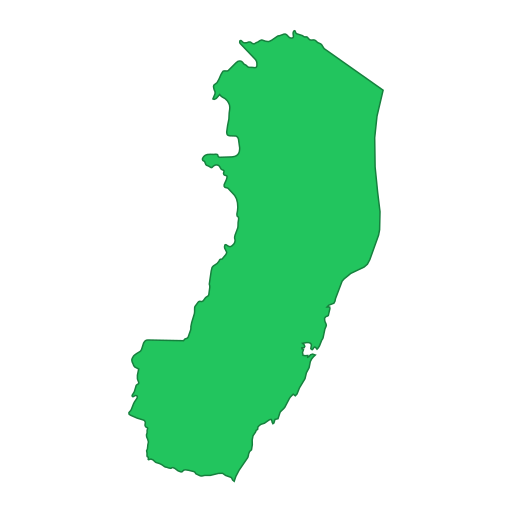 SVG path tracing the border of Espírito Santo
{"feature_id": "BRA-625", "entity_name": "Espírito Santo", "entity_type": "State", "adm_level": 1, "iso_a3": "BRA", "parent_name": "Brazil", "parent_adm1": "", "projection": "robinson", "projection_center": [-40.668, -19.574], "detail": "fine", "context": "isolated", "style": "filled", "palette": "green", "viewbox_px": 512, "rotation_deg": 0, "n_neighbors": 0, "source": "natural_earth", "source_scale": "10m", "svg_char_len": 6021}
<svg xmlns="http://www.w3.org/2000/svg" viewBox="0 0 512 512"><path d="M383.1,90.2L377.0,116.1L374.7,137.7L375.1,166.9L377.6,191.9L380.0,211.7L379.6,229.8L378.6,235.1L369.8,259.7L367.4,264.2L364.2,267.0L350.8,273.4L344.1,278.9L342.1,281.2L335.5,298.6L335.0,301.1L333.9,303.2L328.8,305.2L327.1,307.0L329.7,307.0L329.9,308.7L328.3,315.5L327.4,316.1L326.4,316.4L325.6,316.9L324.6,318.2L324.7,320.2L324.9,321.4L326.0,323.9L326.3,325.2L326.0,326.5L324.9,329.0L323.1,337.6L322.7,338.7L321.8,340.0L319.5,345.8L318.3,347.8L317.0,349.2L315.6,347.4L314.5,347.0L313.6,347.9L312.9,349.1L312.1,349.7L310.8,348.7L311.4,344.9L310.6,343.3L308.7,342.6L306.5,342.6L302.6,343.3L304.1,344.7L304.8,346.4L304.1,347.7L301.9,347.8L301.9,348.8L302.7,349.1L303.5,349.7L302.5,352.3L303.0,355.3L305.1,355.7L307.8,355.5L307.7,357.2L308.9,356.7L310.5,354.8L312.6,354.1L315.3,355.0L313.5,356.7L311.7,358.9L310.3,361.6L309.1,367.7L306.4,372.8L305.0,378.7L299.5,387.8L297.0,394.0L295.3,395.8L293.2,394.2L290.4,397.0L289.5,398.3L284.8,407.3L283.6,408.7L281.2,411.0L280.1,412.2L278.0,418.7L275.0,419.4L273.9,423.0L272.9,423.7L272.2,422.4L271.9,421.0L271.3,419.5L270.1,419.5L268.9,420.1L264.5,423.2L261.0,424.3L259.3,425.5L257.9,427.0L257.6,429.4L256.2,430.3L255.5,432.1L253.0,435.8L252.2,440.0L252.3,444.7L251.5,449.8L249.6,451.5L248.6,454.0L248.4,455.5L247.8,457.5L239.1,470.2L235.8,476.5L234.2,481.3L232.6,480.0L231.7,478.1L230.8,477.3L225.5,475.4L223.2,473.7L222.4,473.3L218.4,473.4L210.2,475.4L204.7,475.4L201.9,476.0L201.0,476.0L199.9,475.7L196.1,473.9L195.7,473.6L195.1,472.5L194.5,471.9L193.5,471.5L188.7,470.3L185.5,469.8L184.4,470.0L183.7,470.2L182.0,471.8L181.1,471.9L180.6,471.8L178.0,470.8L174.8,468.4L173.0,467.6L172.1,467.6L171.2,468.2L170.6,468.3L168.5,467.9L166.9,467.3L165.2,467.0L164.2,466.4L162.3,465.0L160.3,463.9L159.0,463.4L156.1,462.5L155.4,462.1L153.0,459.9L151.6,459.3L150.9,459.1L150.2,459.2L148.6,459.7L148.2,459.4L148.4,457.8L148.2,457.2L147.4,456.8L147.0,456.1L147.0,452.9L146.6,450.8L147.4,449.0L147.7,446.4L147.8,445.0L148.3,442.6L148.4,441.8L147.7,439.3L146.7,437.0L146.5,435.6L146.5,434.6L147.0,433.3L147.1,432.5L147.1,430.3L147.7,428.3L147.4,427.7L146.4,427.3L145.7,426.8L145.2,425.9L145.0,425.1L145.3,422.7L145.2,422.0L145.0,421.4L144.2,420.4L143.3,420.0L137.1,418.1L130.9,415.4L129.2,414.4L129.0,413.8L128.9,412.7L129.3,412.1L130.5,410.8L131.3,409.5L133.6,403.6L134.5,401.9L137.0,398.2L137.3,397.1L137.2,396.3L136.8,395.8L136.2,395.6L135.6,395.5L135.0,395.6L133.4,396.6L132.8,396.7L132.2,396.2L132.1,395.6L132.3,395.0L133.7,392.8L134.4,391.5L136.2,385.4L136.7,384.9L137.9,384.1L138.6,383.5L138.7,382.8L138.6,382.1L137.6,379.5L137.4,378.6L137.4,375.2L138.7,369.0L134.8,367.0L133.7,365.6L133.0,363.7L132.3,362.3L132.0,361.2L131.8,359.9L132.2,358.4L133.5,356.1L134.4,355.2L136.4,353.7L140.2,351.4L140.9,350.6L141.6,349.3L143.6,343.0L144.7,341.4L145.3,340.8L146.4,340.2L147.9,340.0L183.5,340.7L184.9,339.0L186.9,338.3L187.6,337.8L188.1,337.2L190.7,329.8L190.9,328.2L190.9,326.5L191.7,322.5L194.4,313.6L194.6,311.8L194.6,309.0L194.7,307.2L195.1,306.3L198.2,302.1L198.7,301.7L199.2,301.4L199.9,301.3L201.4,301.6L202.2,301.4L203.2,300.8L205.4,297.8L206.2,297.1L208.0,296.0L208.5,295.3L208.8,294.6L209.8,287.2L209.7,285.6L209.3,284.1L211.2,271.0L212.1,267.4L213.3,266.0L217.1,263.5L218.9,261.3L219.6,259.9L220.3,259.3L221.5,259.2L222.1,259.0L225.9,254.5L226.4,253.4L226.7,252.4L226.5,251.8L224.7,248.2L224.6,247.6L224.5,246.8L224.9,245.0L225.4,244.7L226.0,244.7L228.2,246.1L229.4,246.6L230.4,246.6L231.2,246.3L232.1,245.7L233.6,244.2L234.3,243.3L234.9,241.7L235.1,240.1L234.6,238.0L234.7,236.7L235.1,235.0L237.8,227.8L238.0,226.1L238.1,222.5L238.6,219.1L238.6,217.9L238.3,217.2L237.9,216.6L237.3,216.3L237.0,215.4L236.9,214.0L237.5,210.8L237.8,207.4L237.5,202.8L236.6,199.2L236.4,198.6L234.8,195.7L234.0,194.7L228.1,188.4L227.5,188.0L225.4,187.5L224.7,187.1L224.1,186.1L224.2,184.5L226.4,179.6L227.0,177.4L227.0,176.5L226.7,175.8L224.5,175.1L223.9,174.6L223.5,173.4L223.7,172.5L224.0,171.3L223.9,170.7L223.5,170.3L222.2,169.8L221.1,169.1L219.5,166.4L219.1,165.9L218.0,165.2L216.6,164.9L215.2,165.1L213.5,166.0L212.2,167.3L211.7,167.6L211.1,167.6L208.4,166.0L206.6,165.3L206.1,164.9L205.7,164.3L204.6,161.5L202.9,160.5L202.6,159.9L202.4,159.1L202.6,158.4L203.2,157.3L204.0,156.3L205.1,155.4L205.9,155.0L207.4,154.5L210.5,154.3L213.6,154.4L215.9,154.2L217.3,154.5L217.7,154.9L218.1,156.3L218.6,156.9L219.6,157.3L232.1,156.9L234.8,156.4L236.5,155.6L237.9,154.4L238.8,153.0L239.3,151.7L239.6,149.7L239.7,148.0L238.5,139.3L238.3,138.6L237.7,137.4L236.8,136.5L236.3,136.2L235.6,136.0L229.7,135.8L228.5,135.5L227.9,135.2L227.4,134.8L227.1,134.3L226.9,133.6L226.7,132.0L227.6,125.5L228.9,119.0L229.2,113.0L229.7,109.2L229.8,107.4L229.5,105.0L228.7,103.1L227.4,100.9L225.2,98.7L222.4,97.1L221.4,96.4L220.5,95.6L219.7,94.5L216.3,98.4L214.5,99.3L213.8,99.3L212.9,98.9L215.0,93.9L215.1,91.8L214.2,89.8L213.9,88.7L213.5,86.7L213.7,85.7L214.0,85.0L217.0,82.7L218.9,79.3L221.1,74.3L222.3,72.3L223.2,71.1L224.7,70.9L226.9,71.0L227.6,70.9L228.2,70.6L235.9,62.9L237.8,61.4L239.4,61.0L240.8,61.1L241.4,61.4L242.4,62.1L244.0,64.1L246.2,65.3L247.5,66.6L248.6,67.3L252.5,67.4L254.9,67.7L256.1,67.4L256.6,66.7L256.9,65.8L256.9,63.2L256.6,61.6L255.7,59.8L240.3,43.6L239.9,43.0L239.7,42.3L239.8,41.0L240.3,40.6L240.9,40.5L241.4,40.8L243.2,42.5L244.5,42.9L246.8,42.7L248.7,42.0L250.1,42.0L250.7,42.2L252.1,43.3L253.4,43.8L254.0,43.9L254.6,43.7L256.1,42.7L257.9,42.0L259.6,40.8L260.7,40.3L261.6,40.0L262.3,40.1L265.5,41.2L268.5,41.6L269.9,41.1L271.7,40.2L276.9,36.6L278.1,35.9L279.6,35.7L284.0,34.1L284.7,34.1L285.4,34.1L286.6,34.7L288.7,36.9L289.7,37.7L290.3,37.9L291.6,38.1L292.5,37.9L293.1,37.5L293.4,36.9L293.4,36.1L293.1,33.8L293.1,33.0L293.3,32.0L293.9,31.0L294.5,30.7L295.0,30.9L295.8,32.8L296.1,33.3L296.6,33.7L302.4,35.6L304.0,36.7L304.5,36.9L306.6,36.9L307.2,37.1L309.3,39.4L309.8,39.8L311.2,40.1L313.4,39.9L314.7,40.1L315.8,40.8L317.6,42.5L320.3,43.7L321.5,44.5L324.1,48.6L383.1,90.2Z" fill="#22c55e" stroke="#15803d" stroke-width="1.5"/></svg>